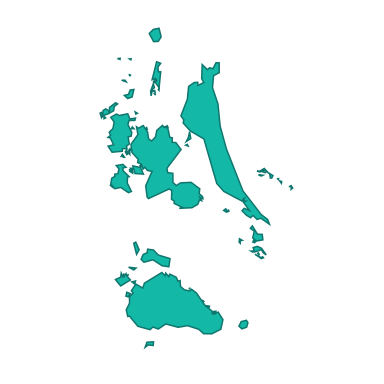 outline of Halmahera Selatan, Maluku Utara, Indonesia, rotated 6°
{"feature_id": "22746128B2838702785556", "entity_name": "Halmahera Selatan", "entity_type": "district", "adm_level": 2, "iso_a3": "IDN", "parent_name": "Indonesia", "parent_adm1": "Maluku Utara", "projection": "robinson", "projection_center": [127.53, -0.746], "detail": "fine", "context": "isolated", "style": "filled", "palette": "teal", "viewbox_px": 384, "rotation_deg": 6, "n_neighbors": 0, "source": "geoboundaries", "source_scale": "gbopen_adm2", "svg_char_len": 6119}
<svg xmlns="http://www.w3.org/2000/svg" viewBox="0 0 384 384"><g transform="rotate(6 192 192)"><path d="M170.4,275.2L154.2,287.6L153.1,292.7L144.6,288.9L145.1,286.4L141.6,287.7L145.5,290.0L142.0,296.5L144.0,298.7L140.8,302.9L141.5,309.1L138.9,316.1L141.1,322.5L142.8,322.0L152.2,331.2L164.7,333.3L167.2,330.4L172.8,331.8L179.7,326.0L192.4,328.0L201.5,325.4L213.0,327.8L218.4,331.7L226.5,331.0L235.0,325.5L236.1,315.7L230.6,308.7L226.6,311.3L224.5,310.7L225.3,308.9L217.0,303.7L207.0,292.0L201.8,288.8L200.1,290.7L194.7,290.1L190.4,287.1L189.4,281.3L187.4,282.2L185.2,278.4L178.5,276.0L177.8,278.5L174.3,275.4L174.0,278.1L170.4,275.2ZM177.6,87.3L177.7,100.1L173.0,117.4L176.3,121.1L176.0,124.3L184.0,131.5L198.3,138.0L215.7,180.9L223.6,188.1L234.4,192.5L242.8,195.8L243.7,193.5L244.8,192.7L243.6,195.5L246.4,195.5L244.3,196.8L251.0,204.4L245.6,202.8L243.7,205.4L248.7,209.5L253.0,211.4L255.1,208.9L259.6,212.5L263.2,210.9L272.4,216.0L270.1,211.4L263.3,207.3L242.5,185.5L221.6,145.3L213.1,123.5L208.6,101.7L201.5,86.1L201.3,74.1L206.6,70.5L205.5,60.7L202.4,60.9L199.9,67.2L196.5,66.6L194.6,68.7L188.8,64.2L189.8,78.3L192.3,81.9L186.8,85.4L186.2,82.3L182.7,82.9L177.6,87.3ZM155.7,128.8L150.6,134.3L149.9,141.1L146.5,145.5L143.3,143.7L141.5,136.9L136.5,131.0L132.2,134.1L130.0,132.9L132.2,140.6L126.3,151.0L128.2,159.0L135.2,165.2L134.8,168.4L138.7,169.6L141.0,174.3L142.6,172.3L145.5,175.3L150.1,175.6L145.3,190.7L147.9,201.7L149.4,203.1L168.9,191.4L171.7,192.6L172.4,201.4L175.4,202.9L175.4,205.2L184.4,208.5L181.0,209.6L193.7,207.6L199.1,203.6L200.3,199.1L202.5,199.6L200.2,196.4L203.5,197.7L203.2,195.7L199.3,192.8L199.4,188.0L190.1,182.5L179.7,184.1L175.7,187.2L172.1,184.6L171.0,175.4L165.8,175.3L164.6,171.0L176.7,150.9L170.7,144.5L167.1,144.7L166.8,140.2L164.2,139.9L161.2,130.8L157.5,130.5L155.7,128.8ZM119.9,120.9L111.7,123.5L108.6,122.4L103.4,126.2L107.3,130.5L106.7,137.3L103.4,141.2L105.1,144.2L102.7,146.5L105.1,146.8L109.1,153.3L103.7,155.2L108.3,160.8L118.4,158.8L118.3,156.1L122.9,155.9L122.0,153.3L124.6,150.8L122.7,143.9L125.7,142.8L125.9,139.1L121.2,131.6L122.0,127.4L127.7,126.8L128.1,124.4L122.6,125.8L119.9,120.9ZM120.4,171.8L113.9,173.6L116.9,176.6L116.4,181.5L113.3,182.4L113.7,184.5L110.7,186.7L110.4,192.4L114.8,196.8L120.6,194.9L128.9,199.3L131.7,197.8L126.7,189.9L126.3,183.9L127.9,183.3L121.4,178.2L120.6,175.4L123.8,174.3L120.4,171.8ZM159.8,253.7L153.9,253.5L153.7,257.1L150.0,259.2L148.4,264.3L151.6,266.9L160.2,263.5L170.0,268.5L176.8,268.8L177.1,260.5L165.0,258.2L159.8,253.7ZM142.1,32.6L136.6,34.3L132.9,38.8L138.1,46.5L142.7,45.7L145.1,41.0L142.1,32.6ZM147.4,67.3L143.2,66.2L140.6,84.5L143.8,82.8L145.3,84.9L144.0,86.7L148.4,91.8L148.3,75.6L146.0,76.1L145.1,71.3L147.4,67.3ZM135.0,280.1L133.5,282.9L132.7,280.2L132.0,283.6L130.1,280.1L129.9,284.2L125.0,287.1L130.9,292.9L139.9,285.9L136.3,282.6L137.6,280.5L135.9,282.0L135.0,280.1ZM255.6,219.4L253.8,222.0L258.0,224.5L257.2,231.3L261.0,234.1L267.5,232.2L266.3,226.8L261.5,227.1L255.6,219.4ZM138.2,173.0L130.4,172.2L133.4,179.6L141.8,179.3L138.2,173.0ZM259.5,313.9L254.5,315.7L252.7,320.5L255.9,322.9L260.4,320.8L261.3,316.1L259.5,313.9ZM123.5,96.1L119.9,97.0L118.6,101.6L114.6,103.0L118.2,105.8L122.5,103.8L123.5,96.1ZM145.5,255.0L141.3,247.7L139.4,249.1L143.4,259.8L145.5,255.0ZM262.7,239.2L258.6,240.9L260.6,245.1L267.2,242.1L269.1,244.9L272.4,246.8L267.0,240.7L262.7,239.2ZM106.7,111.2L101.2,116.4L101.5,122.3L105.6,119.4L105.7,115.1L108.8,112.2L106.7,111.2ZM97.4,118.4L95.1,120.2L95.1,125.0L93.6,122.3L92.3,123.2L94.3,127.6L95.2,125.6L101.2,122.6L100.7,119.8L97.4,118.4ZM169.4,345.0L162.9,346.1L161.6,351.4L164.4,348.7L169.5,348.7L169.4,345.0ZM142.2,88.4L140.3,96.2L141.3,100.7L142.0,93.9L143.7,92.1L142.2,88.4ZM266.5,165.5L261.4,161.0L257.6,163.9L263.5,165.3L259.9,163.7L261.6,162.4L266.5,165.5ZM183.3,132.4L182.6,138.4L181.0,142.4L185.2,139.0L183.3,132.4ZM141.3,299.5L137.6,298.5L137.2,302.5L139.5,303.0L141.3,299.5ZM144.3,273.5L136.8,273.4L142.2,275.6L144.3,273.5ZM125.8,155.4L124.0,158.6L126.2,161.0L125.8,157.1L127.4,156.8L125.8,155.4ZM131.0,174.8L128.5,174.8L131.5,179.6L130.2,176.7L131.0,174.8ZM227.3,205.2L225.4,207.0L228.4,208.5L229.4,207.3L227.3,205.2ZM267.2,165.5L268.5,170.0L269.9,169.7L270.8,167.2L267.2,165.5ZM258.4,233.2L257.7,235.4L259.5,235.9L260.7,234.5L258.4,233.2ZM247.0,234.8L244.1,233.5L244.1,237.0L245.3,237.9L245.0,235.4L247.0,234.8ZM289.9,175.3L287.9,176.6L290.1,176.1L290.3,179.0L291.7,177.5L289.9,175.3ZM106.6,66.5L103.9,67.1L106.6,67.7L106.6,66.5ZM130.4,179.2L128.6,176.0L127.6,176.1L127.8,177.9L130.4,179.2ZM280.1,172.2L277.9,171.7L280.0,174.0L280.1,172.2ZM266.3,249.5L261.0,247.3L266.4,250.1L266.3,249.5ZM160.5,128.7L158.3,130.0L161.2,130.0L160.5,128.7ZM122.5,157.4L121.5,158.9L123.2,161.6L124.1,161.0L122.5,157.4ZM121.2,164.4L118.8,161.8L117.9,163.9L118.9,163.6L119.9,164.6L121.2,164.4ZM144.3,94.9L142.5,95.7L144.8,96.3L144.3,94.9ZM260.8,167.9L256.9,167.8L256.8,168.1L259.1,168.9L260.8,167.9ZM127.7,135.1L125.8,133.5L125.0,135.4L127.7,135.1ZM113.8,87.8L110.3,88.2L115.1,89.4L113.8,87.8ZM265.7,247.9L264.4,245.6L263.7,246.1L265.7,247.9ZM228.3,308.1L226.5,308.3L226.0,309.7L227.3,310.5L228.3,308.1ZM259.0,244.3L256.8,244.6L258.9,245.5L259.0,244.3ZM140.9,134.4L139.9,131.9L140.5,134.4L140.9,134.4ZM98.4,127.3L96.7,126.1L96.9,128.3L98.4,127.3ZM182.3,145.1L180.8,146.1L183.4,146.7L182.3,145.1ZM270.0,250.0L269.0,249.0L266.8,250.4L267.8,251.0L270.0,250.0ZM129.5,119.4L127.1,118.3L128.0,120.4L129.5,119.4ZM215.2,299.7L213.5,298.3L214.6,300.1L215.2,299.7ZM258.3,164.6L255.1,164.1L255.1,164.6L257.5,165.0L258.3,164.6ZM143.4,84.6L142.1,86.2L142.7,87.5L143.5,87.0L143.4,84.6ZM118.6,82.2L116.9,81.6L118.1,82.9L118.6,82.2ZM110.4,192.8L110.1,193.9L113.7,196.3L110.4,192.8ZM117.5,65.9L115.8,66.2L117.3,67.0L117.5,65.9ZM221.3,303.7L219.3,303.6L221.1,304.8L221.3,303.7ZM138.5,172.2L138.5,170.2L137.5,171.2L138.5,172.2ZM198.8,288.2L200.0,288.6L200.0,288.0L198.8,288.2ZM230.7,207.3L230.2,205.7L229.8,207.7L230.7,207.3ZM276.7,169.6L275.1,170.0L276.7,170.2L276.7,169.6ZM145.7,99.4L144.8,97.7L144.2,98.1L145.7,99.4ZM148.5,94.4L148.7,91.7L147.8,93.6L148.5,94.4Z" fill="#14b8a6" stroke="#0f766e" stroke-width="1.5"/></g></svg>